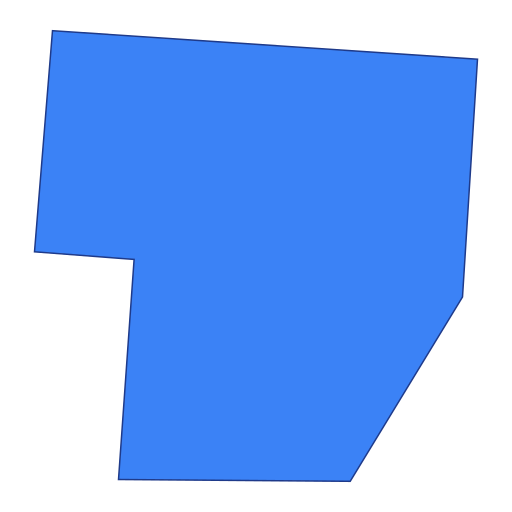 Fayette, Ohio, United States of America (Natural Earth projection)
{"feature_id": "52423323B90080084315603", "entity_name": "Fayette", "entity_type": "district", "adm_level": 2, "iso_a3": "USA", "parent_name": "United States of America", "parent_adm1": "Ohio", "projection": "natural_earth1", "projection_center": [-83.482, 39.547], "detail": "fine", "context": "isolated", "style": "filled", "palette": "blue", "viewbox_px": 512, "rotation_deg": 0, "n_neighbors": 0, "source": "geoboundaries", "source_scale": "gbopen_adm2", "svg_char_len": 236}
<svg xmlns="http://www.w3.org/2000/svg" viewBox="0 0 512 512"><path d="M350.2,481.3L462.5,297.0L477.5,59.2L52.5,30.7L34.5,251.8L124.3,258.7L134.1,259.4L118.5,479.5L350.2,481.3Z" fill="#3b82f6" stroke="#1e3a8a" stroke-width="1.5"/></svg>